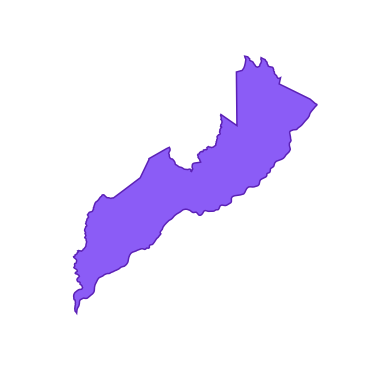 Xique-Xique, Bahia, Brazil (Mercator projection), rotated 196°
{"feature_id": "56859067B66564392047152", "entity_name": "Xique-Xique", "entity_type": "district", "adm_level": 2, "iso_a3": "BRA", "parent_name": "Brazil", "parent_adm1": "Bahia", "projection": "mercator", "projection_center": [-42.742, -10.906], "detail": "fine", "context": "isolated", "style": "filled", "palette": "violet", "viewbox_px": 384, "rotation_deg": 196, "n_neighbors": 0, "source": "geoboundaries", "source_scale": "gbopen_adm2", "svg_char_len": 6068}
<svg xmlns="http://www.w3.org/2000/svg" viewBox="0 0 384 384"><g transform="rotate(196 192 192)"><path d="M96.1,310.6L98.2,311.1L104.0,313.8L138.0,319.9L138.4,326.3L139.4,325.3L140.6,325.0L141.9,325.9L142.4,326.7L143.0,327.2L144.7,328.1L145.5,328.7L145.7,329.5L146.0,330.2L146.7,330.7L147.2,331.5L147.3,332.3L148.6,333.9L149.3,334.1L151.2,333.9L152.7,333.9L153.5,334.1L153.8,334.8L155.0,335.9L155.5,337.1L156.0,337.7L156.6,338.0L157.7,338.7L158.2,339.4L160.5,339.7L162.6,340.2L162.4,338.6L161.5,337.5L161.3,336.8L161.3,335.2L161.8,333.4L161.7,331.6L163.5,330.0L165.4,330.3L166.4,331.4L167.0,331.6L168.1,332.7L168.6,333.0L169.0,333.6L170.7,334.2L171.3,334.1L172.8,334.5L173.4,336.1L174.6,336.5L175.6,337.3L178.8,337.1L178.1,335.9L176.8,334.4L176.3,330.5L176.2,328.0L176.3,325.8L176.8,324.1L177.3,322.7L182.4,319.6L167.1,268.2L185.6,274.5L185.7,273.7L185.4,273.0L184.8,272.5L184.2,270.8L184.2,269.6L183.5,269.3L183.0,268.8L182.3,267.2L182.5,266.1L182.3,265.1L182.8,264.6L182.6,262.9L181.7,262.9L181.4,262.2L181.9,261.7L182.4,259.2L181.8,258.6L182.1,257.9L182.0,257.1L181.0,256.1L181.0,255.4L181.5,254.7L182.2,254.4L183.2,252.2L183.0,251.6L182.6,251.1L182.3,250.4L182.6,249.4L182.4,247.7L182.6,246.9L182.2,246.3L182.4,245.3L182.4,244.5L182.1,244.0L182.1,243.4L183.4,241.8L183.7,241.2L185.5,240.1L186.4,240.2L187.8,240.0L188.8,240.2L189.9,238.8L189.3,237.4L189.7,236.7L190.5,236.6L191.0,236.4L191.5,235.9L192.3,235.7L192.7,235.2L192.6,234.6L192.7,233.8L193.4,233.5L194.0,233.6L194.5,233.2L195.1,232.6L195.6,231.7L195.4,230.8L196.6,230.0L196.8,229.1L195.8,227.9L195.8,227.1L194.6,226.0L193.8,225.6L192.9,224.1L192.3,223.8L191.9,223.0L197.6,220.5L198.6,219.8L199.1,219.0L199.2,218.3L198.8,216.0L197.6,214.3L198.0,212.6L198.1,211.6L199.0,211.8L199.0,212.7L199.4,213.3L200.0,213.4L200.8,213.3L202.3,212.4L205.6,211.8L208.7,212.7L211.3,212.6L214.4,213.7L215.2,213.8L215.7,214.1L216.7,215.9L218.0,217.1L219.9,218.3L221.1,218.1L221.7,218.3L222.6,218.7L223.2,219.4L223.8,220.4L223.9,221.1L224.5,222.1L225.1,222.7L225.1,223.4L224.7,225.3L224.6,226.2L225.1,227.5L226.1,228.7L228.3,226.8L242.6,212.2L242.4,211.6L242.4,210.8L245.7,191.4L257.7,175.4L265.9,164.6L266.9,164.3L267.7,163.9L268.1,163.5L270.5,163.5L272.3,163.1L276.0,165.0L276.8,164.8L277.6,164.2L277.8,162.9L278.6,162.0L279.4,159.9L279.5,159.2L280.7,157.0L281.7,155.8L282.1,154.5L282.3,151.1L282.1,150.3L282.4,149.8L282.3,149.1L281.9,148.4L282.2,147.7L282.3,146.5L282.7,145.7L285.1,144.2L285.4,143.5L286.2,141.2L285.6,140.8L284.5,139.3L285.5,137.0L285.3,135.4L285.6,134.2L285.3,133.3L285.6,132.5L285.0,131.8L284.4,131.3L283.8,130.5L284.1,129.8L284.6,129.3L284.5,128.6L284.8,126.5L284.7,125.6L284.2,124.8L283.5,124.1L283.0,123.3L283.4,122.7L283.0,122.1L282.4,121.5L282.0,120.9L282.1,120.0L282.6,118.8L282.2,118.3L281.6,118.3L281.1,117.9L280.7,117.3L280.6,116.7L280.2,115.9L279.7,115.5L279.5,114.7L279.4,112.3L279.1,110.5L280.1,107.7L280.7,107.1L280.9,106.1L281.4,105.4L282.1,104.6L282.8,104.7L283.5,104.5L284.9,104.5L285.6,103.9L284.8,103.3L284.9,102.8L285.5,102.3L285.6,100.8L287.1,99.2L286.8,98.6L287.1,97.9L288.0,97.3L287.6,96.6L285.0,95.4L284.4,95.0L283.9,94.1L283.8,92.0L284.1,91.4L285.0,90.9L284.9,89.7L284.3,88.7L284.3,87.9L284.8,87.0L284.3,86.5L281.9,85.8L280.8,85.1L280.4,84.2L280.8,83.5L281.8,82.6L281.8,81.6L280.9,81.3L279.8,81.4L278.1,80.8L277.5,80.5L277.0,79.8L278.2,77.5L278.5,76.5L278.4,75.9L277.9,75.1L277.3,74.6L276.7,74.3L275.3,74.5L274.6,74.1L274.2,72.5L272.7,72.0L271.9,71.4L270.8,69.8L271.0,68.9L271.3,68.1L273.5,67.2L274.3,66.5L275.0,65.7L276.8,63.1L277.1,62.2L277.3,60.7L277.1,59.3L276.5,58.0L276.1,56.7L275.5,56.0L274.6,55.9L273.6,53.7L273.4,52.4L273.0,51.7L273.0,50.1L272.8,49.4L272.6,47.8L271.6,45.3L270.3,44.5L269.5,43.8L270.1,47.2L270.0,48.8L269.4,51.4L269.5,53.5L270.0,56.0L269.9,56.9L269.6,57.7L267.2,60.0L266.5,60.2L265.6,60.2L264.5,60.5L263.5,61.0L263.0,61.6L260.2,65.8L259.7,66.4L259.2,67.4L258.8,68.6L258.7,69.5L258.8,70.6L259.5,73.8L259.6,76.2L258.6,81.6L258.1,83.2L257.5,84.2L254.6,86.7L253.5,88.3L252.0,89.6L250.8,90.3L249.2,90.8L248.4,91.4L247.9,92.1L245.7,93.8L244.4,95.1L243.3,95.9L241.1,97.9L239.4,100.3L236.5,102.1L235.1,104.2L234.5,106.0L234.3,107.2L234.7,111.5L234.5,114.1L233.9,116.1L232.8,117.6L229.3,120.1L228.8,120.7L225.4,123.2L224.4,123.7L223.6,123.8L221.6,123.8L221.1,124.1L220.7,124.5L220.4,125.3L219.9,125.7L218.6,125.9L218.0,126.2L217.7,127.1L218.1,128.3L218.0,129.1L217.6,129.6L215.7,130.6L215.2,131.3L214.3,133.7L213.4,136.7L213.0,137.7L212.0,139.2L211.4,140.9L210.5,142.7L210.5,143.4L211.3,143.9L211.5,144.6L211.4,145.3L210.3,147.9L210.2,150.1L209.4,152.5L207.9,155.5L206.3,158.3L204.5,160.1L203.7,161.3L202.3,164.4L200.7,166.6L198.0,169.4L196.1,172.0L195.4,172.7L193.7,173.6L192.9,173.8L191.9,174.0L189.0,173.8L186.2,172.7L185.3,172.6L184.5,172.8L183.2,173.5L182.4,173.7L181.1,173.1L179.3,171.8L178.6,171.7L177.9,171.8L177.3,172.1L176.7,172.7L176.0,174.0L175.3,176.7L174.9,177.3L174.4,177.7L173.5,177.9L171.0,177.9L166.3,179.4L165.5,179.8L164.4,181.1L163.7,181.6L162.2,182.1L161.8,182.5L161.5,183.4L161.2,186.2L160.7,186.9L160.2,187.4L159.5,187.7L156.4,188.1L155.1,188.8L152.0,192.1L151.6,192.8L151.5,193.5L151.6,194.1L152.4,196.7L152.1,198.2L151.6,198.9L150.8,199.6L149.9,200.2L144.8,202.5L141.9,204.3L141.6,204.8L141.1,206.3L140.7,208.8L140.3,210.5L139.1,212.3L137.7,213.0L135.3,213.5L134.0,213.9L131.0,215.8L130.4,216.3L129.9,217.1L129.6,218.0L129.8,221.4L129.6,222.3L129.3,222.9L128.1,224.2L125.2,226.8L124.7,227.8L124.7,228.9L125.0,229.8L124.9,230.5L122.8,232.2L122.6,233.0L122.6,234.0L122.9,235.5L122.9,236.2L121.0,238.4L120.5,239.4L120.5,242.2L120.3,243.2L119.4,244.8L114.8,248.2L113.4,249.7L112.6,251.3L111.9,253.5L109.9,257.0L109.4,258.8L109.3,260.1L109.7,261.0L111.1,263.3L111.7,265.1L111.8,265.9L111.6,266.5L111.2,267.4L111.0,268.4L111.1,269.1L111.8,270.2L112.6,272.2L114.4,275.7L114.6,276.6L114.6,277.2L113.7,278.2L111.7,279.7L109.3,280.6L108.6,281.0L107.5,283.1L105.9,285.1L104.7,287.1L103.0,291.0L101.0,295.0L100.3,297.4L100.3,299.8L99.9,301.3L99.4,302.7L96.9,308.3L96.0,309.7L96.1,310.6Z" fill="#8b5cf6" stroke="#5b21b6" stroke-width="1.5"/></g></svg>